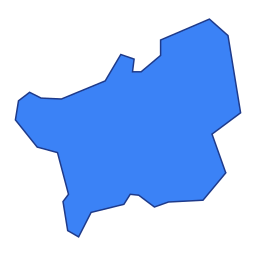 Aweil South, Northern Bahr el Ghazal, South Sudan (Natural Earth projection)
{"feature_id": "79223893B68307976822083", "entity_name": "Aweil South", "entity_type": "district", "adm_level": 2, "iso_a3": "SSD", "parent_name": "South Sudan", "parent_adm1": "Northern Bahr el Ghazal", "projection": "natural_earth1", "projection_center": [27.717, 8.666], "detail": "fine", "context": "isolated", "style": "filled", "palette": "blue", "viewbox_px": 256, "rotation_deg": 0, "n_neighbors": 0, "source": "geoboundaries", "source_scale": "gbopen_adm2", "svg_char_len": 492}
<svg xmlns="http://www.w3.org/2000/svg" viewBox="0 0 256 256"><path d="M203.0,200.2L225.8,172.8L225.7,172.7L212.0,134.1L240.6,112.8L228.0,35.6L209.4,19.1L160.6,40.0L160.6,55.4L141.1,71.8L132.5,71.8L134.1,59.1L120.8,54.5L105.2,80.9L61.4,99.0L41.1,98.1L29.6,92.3L18.5,100.8L15.4,119.9L37.2,147.1L57.5,152.6L68.5,194.3L63.0,201.6L67.7,230.6L78.6,236.9L91.1,212.4L123.9,204.3L130.2,194.3L138.7,195.2L154.4,207.0L168.5,202.0L203.0,200.2Z" fill="#3b82f6" stroke="#1e3a8a" stroke-width="1.5"/></svg>